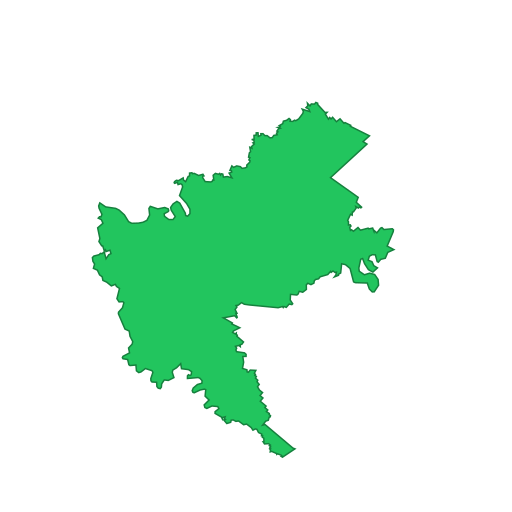 Pánuco, Veracruz, Mexico, rotated 220°
{"feature_id": "50627088B51457701094932", "entity_name": "Pánuco", "entity_type": "district", "adm_level": 2, "iso_a3": "MEX", "parent_name": "Mexico", "parent_adm1": "Veracruz", "projection": "mercator", "projection_center": [-98.304, 22.081], "detail": "fine", "context": "isolated", "style": "filled", "palette": "green", "viewbox_px": 512, "rotation_deg": 220, "n_neighbors": 0, "source": "geoboundaries", "source_scale": "gbopen_adm2", "svg_char_len": 6151}
<svg xmlns="http://www.w3.org/2000/svg" viewBox="0 0 512 512"><g transform="rotate(220 256 256)"><path d="M102.2,133.3L104.3,132.6L140.8,132.7L142.2,130.7L142.4,135.7L141.0,138.1L142.3,141.0L141.7,141.8L142.2,143.0L144.1,143.0L144.6,143.9L148.0,143.5L148.0,145.6L151.8,145.6L151.8,147.5L159.4,147.5L159.4,151.7L163.2,151.7L163.2,155.6L167.1,155.5L170.8,156.8L171.0,159.7L174.4,160.3L174.8,162.0L177.9,162.1L178.3,164.0L180.2,163.8L180.3,164.9L181.9,165.1L182.6,168.3L187.1,164.9L187.1,162.1L188.3,161.5L189.8,163.0L194.1,161.2L197.2,166.7L201.5,170.5L199.1,172.7L200.4,174.3L202.6,174.4L209.4,170.2L211.1,171.1L211.5,172.9L213.7,173.6L211.6,176.4L209.8,176.5L211.1,177.8L210.1,179.3L210.3,182.1L219.1,182.2L219.4,183.3L220.8,183.2L221.6,184.3L221.9,183.0L224.8,182.4L225.1,184.1L222.3,190.6L230.9,188.4L231.1,189.5L241.3,187.6L234.0,196.5L231.0,196.2L231.0,197.0L234.6,199.1L233.8,199.9L237.6,201.6L237.8,204.7L239.5,205.2L238.0,207.0L237.1,211.0L234.0,211.5L229.8,214.1L205.8,230.6L203.2,234.3L202.0,234.0L202.1,235.3L199.8,236.1L199.7,240.5L197.3,241.8L197.2,243.0L201.5,244.3L204.9,248.8L199.6,252.4L199.3,254.1L200.2,256.7L196.9,258.3L195.9,262.8L198.9,266.2L198.8,268.4L195.5,269.4L194.2,272.4L195.4,274.5L195.3,276.3L193.4,278.7L193.5,281.3L189.1,287.9L189.0,292.2L187.9,291.8L187.4,294.0L184.9,294.2L184.0,295.3L182.6,292.8L182.5,290.4L180.4,294.2L181.1,294.8L180.2,297.4L185.4,305.1L181.9,306.9L175.9,306.9L164.6,298.9L162.8,299.4L153.4,306.8L148.0,303.6L143.9,303.2L142.4,304.5L143.3,312.4L147.4,316.5L153.2,318.1L157.9,315.9L160.9,311.3L167.1,310.7L169.5,312.9L173.7,320.8L172.7,322.6L167.9,319.9L161.1,317.8L156.1,318.8L155.3,325.0L159.5,324.3L163.5,326.2L167.4,324.9L169.0,328.7L167.8,331.7L165.3,333.6L159.6,329.6L158.3,329.9L158.3,333.6L155.5,337.4L157.4,343.5L154.5,349.5L161.9,347.9L166.5,362.8L167.5,364.4L169.1,364.5L175.0,358.5L177.8,358.7L178.5,357.4L178.3,351.4L181.8,351.5L181.3,350.6L184.6,352.4L187.0,349.3L188.0,349.4L192.6,342.9L196.2,343.4L197.3,337.6L199.7,337.5L200.1,336.3L202.6,338.2L202.5,340.0L203.8,340.5L205.1,339.2L207.2,341.7L208.7,342.2L210.4,348.7L208.6,349.1L210.4,351.6L209.7,352.5L210.1,357.1L211.4,358.0L208.4,358.5L208.0,360.5L206.6,360.3L206.5,361.3L213.7,361.6L215.4,366.6L249.3,363.9L242.9,413.1L247.5,412.4L246.3,421.0L267.1,416.0L267.4,417.0L273.6,415.4L273.9,414.2L279.8,415.1L280.7,410.6L286.5,411.5L286.6,409.2L288.6,409.5L288.5,407.4L294.1,409.3L293.9,411.7L295.5,410.3L306.1,411.7L307.0,412.7L308.9,412.1L308.8,410.0L311.4,408.0L311.2,405.9L310.4,405.6L314.8,406.1L312.9,404.4L313.1,401.8L309.8,402.4L307.6,401.2L315.0,398.2L312.8,397.3L311.8,395.4L311.4,388.5L312.5,385.2L313.8,384.8L314.3,382.8L316.5,381.1L317.3,382.6L319.1,382.6L319.8,379.6L321.7,376.9L320.6,374.6L322.0,370.8L320.8,371.0L320.6,370.0L321.8,368.6L319.7,369.3L320.5,368.1L320.3,365.1L319.0,365.2L319.2,363.2L317.7,362.5L319.9,359.8L319.6,357.2L321.2,355.5L324.8,355.4L326.6,353.9L329.3,354.2L330.9,352.8L329.8,351.6L331.1,349.1L333.7,351.7L335.0,350.5L333.6,348.7L335.1,347.1L332.5,344.2L334.2,342.5L332.0,343.3L330.5,342.0L331.1,340.7L329.3,340.7L329.8,336.9L328.4,335.9L330.6,335.3L327.2,332.4L327.4,330.8L325.2,326.9L323.9,327.4L323.2,325.0L321.9,325.2L321.1,324.0L321.5,319.7L320.2,318.4L320.8,316.7L323.0,314.2L325.4,314.4L328.7,312.6L330.1,309.5L332.4,309.5L331.0,304.8L329.7,305.6L328.5,304.6L329.9,302.2L324.7,300.4L329.1,298.4L331.7,295.5L334.1,297.4L335.4,296.7L335.2,295.2L336.9,295.9L337.3,294.5L340.2,293.2L340.7,290.3L337.1,287.0L338.0,286.4L337.5,285.0L338.3,283.6L342.8,280.3L347.3,281.8L348.1,283.0L347.4,283.9L349.2,284.5L351.7,280.8L356.4,279.6L357.5,278.3L358.6,278.6L360.2,276.8L358.4,274.7L359.1,273.3L357.7,267.7L360.4,267.6L362.0,269.0L363.8,263.9L365.6,262.9L366.2,260.7L365.8,259.5L365.0,259.4L363.5,261.9L361.6,260.6L360.1,263.0L358.4,263.1L356.6,261.7L353.4,253.1L342.9,251.6L336.7,249.4L333.8,246.0L334.0,242.5L335.9,241.8L337.7,243.4L348.4,247.5L351.7,247.0L353.0,242.6L352.6,238.3L350.4,236.6L343.2,234.3L343.0,230.6L346.2,227.9L351.6,227.6L353.5,229.4L351.9,233.3L351.9,234.5L353.4,235.7L357.1,234.5L361.5,229.0L368.9,226.1L368.6,223.6L363.8,219.0L362.5,213.2L364.2,209.3L367.2,205.6L372.2,201.2L375.7,200.4L383.2,202.9L390.3,203.2L394.1,202.3L402.7,197.0L409.8,196.3L408.7,193.2L406.9,191.7L400.8,188.9L399.9,186.4L401.1,185.5L401.2,183.6L397.8,184.4L394.3,182.7L395.4,175.8L386.8,169.0L385.6,166.1L380.7,164.6L379.9,165.2L375.5,162.4L375.3,164.0L373.8,162.9L371.6,166.6L368.6,164.6L369.6,162.4L369.1,157.5L375.0,161.6L375.4,158.9L376.9,158.0L377.0,156.2L380.2,151.7L380.3,149.6L377.5,147.1L374.5,146.1L372.6,142.0L368.4,143.2L363.7,141.0L360.5,141.2L357.6,138.9L353.6,140.0L347.6,140.1L345.5,143.9L343.3,143.0L339.7,143.4L335.1,133.9L331.4,132.8L328.7,135.4L327.2,135.3L325.0,130.5L325.2,124.6L324.3,123.3L309.4,115.8L304.9,117.0L300.9,113.5L295.4,111.2L294.2,108.8L294.5,103.6L290.6,100.5L293.4,93.7L293.0,92.2L291.8,91.8L287.8,94.2L283.5,91.0L282.1,91.1L277.9,95.3L273.8,91.2L270.9,91.3L269.6,93.2L268.4,98.7L262.0,101.3L260.2,100.6L257.8,94.5L256.3,92.9L254.7,92.6L251.0,95.4L248.0,92.3L246.0,91.9L244.1,92.8L244.2,94.7L246.1,97.5L246.6,102.1L243.2,104.3L240.7,110.1L245.4,113.1L246.4,115.2L245.0,119.3L244.5,125.1L240.6,121.8L234.6,125.6L231.0,126.0L229.3,123.3L229.8,122.0L231.4,121.7L231.5,120.2L229.8,118.1L222.2,125.7L220.4,126.3L217.1,125.8L215.7,123.7L218.3,119.9L219.2,114.5L218.3,111.8L216.7,111.0L215.4,111.5L212.6,117.5L209.9,120.9L208.6,121.3L204.9,115.9L199.4,115.5L200.0,108.6L197.8,107.1L195.7,107.6L193.3,112.8L188.5,116.1L186.3,115.2L187.3,110.5L186.2,109.1L179.0,110.4L177.0,109.5L177.7,111.0L176.3,113.0L175.8,111.3L174.4,111.1L175.4,109.7L170.7,108.9L168.5,112.3L169.5,114.3L168.0,115.8L165.1,116.4L163.3,118.4L157.0,118.8L155.2,121.2L149.4,121.5L146.4,120.6L145.3,123.1L143.9,123.8L140.6,122.4L137.1,123.3L136.3,121.8L135.4,122.5L134.6,121.2L132.9,121.5L130.4,118.6L131.0,118.2L128.7,117.5L125.8,120.3L123.6,120.4L123.8,119.3L122.5,119.6L122.2,118.2L121.3,118.2L121.6,117.0L120.4,116.9L119.2,115.1L118.4,116.4L113.3,117.9L112.6,117.4L112.4,118.3L108.7,119.6L107.6,119.5L107.9,118.7L106.4,118.9L102.2,133.3Z" fill="#22c55e" stroke="#15803d" stroke-width="1.5"/></g></svg>